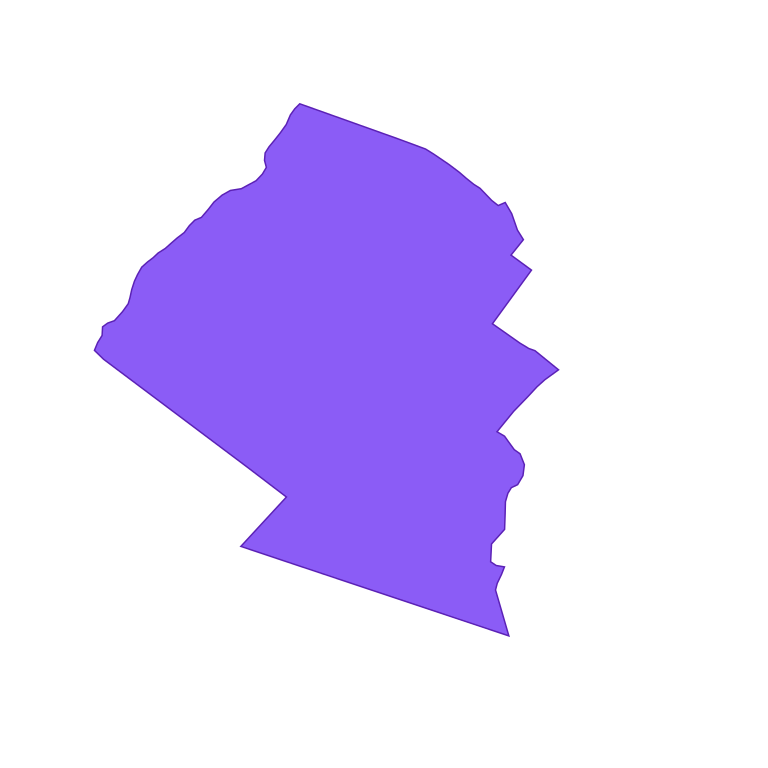 Santa Teresinha, Paraíba, Brazil, rotated 311°
{"feature_id": "56859067B32713563652227", "entity_name": "Santa Teresinha", "entity_type": "district", "adm_level": 2, "iso_a3": "BRA", "parent_name": "Brazil", "parent_adm1": "Paraíba", "projection": "orthographic", "projection_center": [-37.431, -7.11], "detail": "fine", "context": "isolated", "style": "filled", "palette": "violet", "viewbox_px": 768, "rotation_deg": 311, "n_neighbors": 0, "source": "geoboundaries", "source_scale": "gbopen_adm2", "svg_char_len": 1287}
<svg xmlns="http://www.w3.org/2000/svg" viewBox="0 0 768 768"><g transform="rotate(311 384 384)"><path d="M275.8,643.5L301.7,603.3L307.9,600.2L317.4,597.6L325.0,594.9L320.6,587.7L319.8,581.1L333.8,570.1L353.4,570.4L365.6,560.5L374.8,552.9L382.8,549.2L389.3,548.1L395.7,550.9L406.0,549.0L415.2,542.9L420.6,532.5L419.9,525.4L422.1,515.8L423.7,509.2L422.1,500.6L448.4,499.8L469.6,500.9L482.3,501.3L492.8,502.6L509.2,506.4L508.2,476.1L505.8,470.0L504.0,459.5L500.6,426.3L566.7,420.6L564.6,395.3L584.4,394.5L587.7,383.7L596.3,368.7L600.5,356.4L593.6,353.1L593.2,344.8L594.7,328.1L593.6,320.8L593.2,311.1L593.2,302.2L592.3,289.1L590.1,270.6L588.6,261.2L578.2,233.7L540.2,136.6L533.2,136.1L525.7,136.8L515.7,140.0L505.1,141.0L496.1,141.4L487.7,141.6L480.4,142.7L474.4,147.1L470.3,153.1L462.7,154.5L453.5,154.1L445.3,151.0L437.8,148.2L429.3,141.1L420.4,137.9L409.8,136.3L400.9,136.8L390.0,136.9L383.5,133.7L375.9,133.2L367.3,133.9L358.6,132.1L350.7,131.0L342.8,130.0L334.8,127.6L327.8,126.9L321.1,125.5L313.3,124.5L304.9,126.2L297.9,128.2L289.7,131.7L282.6,135.6L276.8,138.3L266.9,139.2L254.9,139.0L248.7,135.5L242.5,134.1L235.7,139.4L227.5,140.7L219.4,143.4L218.7,156.2L231.4,333.3L234.7,384.5L167.5,382.5L183.9,422.1L275.8,643.5Z" fill="#8b5cf6" stroke="#5b21b6" stroke-width="1.5"/></g></svg>